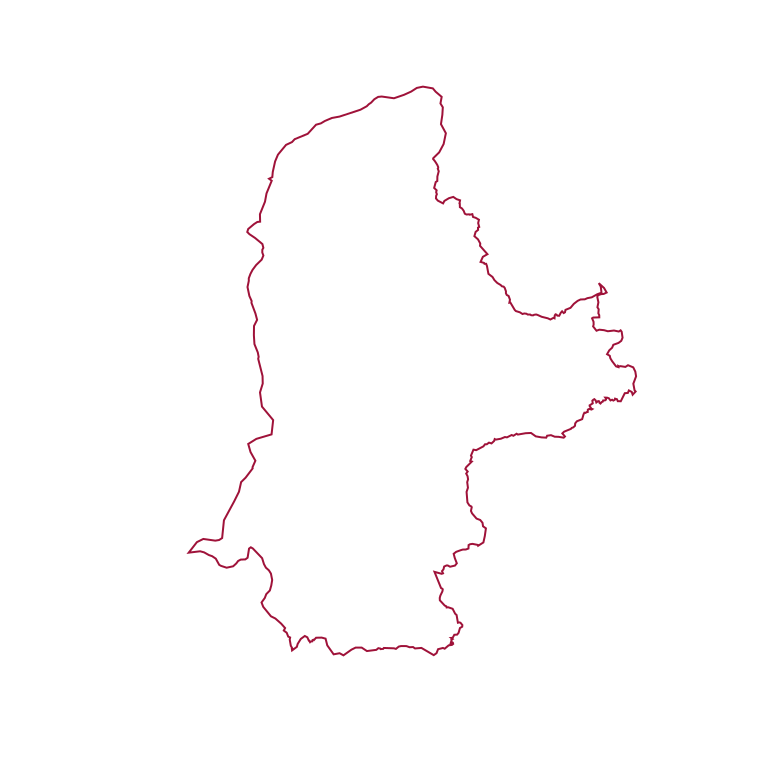 Myingyan, Mandalay, Myanmar (Albers equal-area conic projection), rotated 340°
{"feature_id": "60261553B69002423633875", "entity_name": "Myingyan", "entity_type": "district", "adm_level": 2, "iso_a3": "MMR", "parent_name": "Myanmar", "parent_adm1": "Mandalay", "projection": "albers", "projection_center": [95.599, 21.47], "detail": "fine", "context": "isolated", "style": "outline", "palette": "rose", "viewbox_px": 768, "rotation_deg": 340, "n_neighbors": 0, "source": "geoboundaries", "source_scale": "gbopen_adm2", "svg_char_len": 6166}
<svg xmlns="http://www.w3.org/2000/svg" viewBox="0 0 768 768"><g transform="rotate(340 384 384)"><path d="M142.8,475.7L154.0,478.3L157.4,480.7L161.0,484.9L163.6,487.0L166.2,490.6L167.3,497.6L168.7,499.2L173.3,502.8L179.9,503.7L183.8,502.1L186.4,500.4L189.3,500.0L193.7,501.4L196.4,500.6L200.9,492.5L203.0,491.9L204.5,493.7L209.9,506.0L209.6,512.2L210.2,516.2L212.1,519.7L212.9,523.5L211.9,529.9L209.2,534.7L206.1,539.0L201.5,541.2L198.8,544.3L194.2,547.4L194.3,552.1L198.3,563.6L201.7,567.2L205.4,574.0L207.6,579.5L205.5,581.4L207.5,584.5L207.6,588.6L209.1,590.1L208.0,591.9L206.9,598.1L207.4,601.0L206.9,601.1L206.5,602.9L212.2,601.2L214.0,598.7L218.6,595.1L223.4,593.7L225.3,595.8L225.6,599.4L225.9,599.5L226.2,601.3L227.0,600.9L228.6,601.3L229.3,600.2L230.5,600.2L230.7,600.6L233.4,599.2L238.7,601.0L242.0,603.3L241.3,610.2L244.2,620.8L250.2,621.8L253.1,625.1L262.6,622.5L267.1,622.0L272.9,624.1L276.6,629.1L285.9,631.2L288.3,630.3L290.0,631.3L290.2,632.0L292.7,632.6L293.6,632.0L303.0,635.8L304.6,637.0L308.1,635.8L310.5,636.1L315.5,638.0L318.0,640.1L321.3,641.1L322.7,643.1L328.9,644.8L338.0,655.8L341.3,654.9L344.1,651.7L349.1,652.2L350.5,653.5L355.4,651.7L358.6,652.4L360.1,651.9L360.2,650.8L358.0,650.4L359.2,648.8L359.6,648.8L359.9,647.2L361.2,647.1L360.3,645.6L361.7,646.0L364.3,643.7L367.0,644.5L369.0,643.3L371.9,639.3L374.5,638.8L375.2,637.3L374.2,634.5L373.3,633.8L371.8,633.6L373.2,625.9L372.3,624.2L371.6,618.7L368.0,615.8L366.4,615.4L366.5,614.2L365.3,613.0L362.5,606.4L363.2,604.1L364.6,602.1L367.9,598.9L368.9,597.3L368.9,596.5L367.8,595.2L367.2,577.8L373.3,582.1L374.7,582.1L374.5,579.7L376.5,578.5L378.1,576.1L380.7,575.9L381.8,576.3L383.6,578.3L388.6,578.9L391.1,577.4L391.0,571.7L391.4,567.4L394.4,566.4L399.2,566.4L401.3,566.5L404.3,567.5L407.1,567.5L408.4,564.3L410.1,564.0L412.5,564.5L417.1,567.3L417.1,568.2L423.2,566.9L426.7,561.4L430.4,554.5L428.4,551.6L429.1,548.1L427.9,544.7L424.9,542.1L422.5,535.7L422.3,533.0L424.3,529.8L424.2,529.0L422.7,527.3L421.9,523.8L424.7,513.6L427.4,510.2L428.6,504.7L430.4,502.3L431.0,499.2L430.6,496.3L432.7,494.9L431.4,491.6L432.9,490.2L440.0,486.9L438.7,485.8L441.5,482.7L441.2,481.1L445.6,476.3L448.0,477.7L456.1,476.6L458.3,475.2L460.0,475.8L462.6,475.0L464.7,476.6L468.0,475.2L469.2,473.6L470.1,474.5L475.1,475.4L479.5,475.2L481.3,476.2L486.5,475.6L487.9,476.9L491.6,476.1L492.5,477.3L500.3,478.7L505.4,480.3L508.7,485.1L513.7,488.0L518.1,489.9L519.6,488.4L523.4,489.2L526.5,492.0L529.7,493.2L534.5,495.9L536.1,495.2L534.7,491.4L536.9,490.4L544.3,490.1L545.3,489.5L547.0,489.5L549.2,488.6L550.2,486.4L552.5,485.0L558.2,484.8L561.1,480.8L562.5,479.5L563.5,480.1L564.8,479.7L565.8,480.0L566.8,477.8L568.2,477.6L570.3,479.0L571.2,478.8L569.7,477.4L570.2,476.8L569.7,475.4L569.9,474.4L573.5,473.6L574.1,470.9L575.6,470.3L576.5,470.2L577.3,471.9L577.2,474.0L579.4,473.3L580.2,473.8L580.1,475.5L580.7,476.4L582.5,475.4L583.5,475.4L584.3,474.4L586.0,475.0L587.3,474.6L587.6,473.5L587.3,472.5L588.9,473.1L590.4,474.3L591.2,476.9L593.0,476.8L593.8,478.0L595.4,477.8L596.1,476.8L597.7,478.0L597.8,480.1L600.6,481.2L607.1,475.0L610.1,475.8L611.9,473.8L614.1,476.2L614.0,479.1L617.9,477.1L617.3,475.6L618.4,469.0L623.5,463.0L624.4,458.3L623.9,453.6L619.7,449.8L616.7,450.5L612.3,448.1L611.2,448.0L610.3,447.1L610.0,448.3L608.1,446.8L606.2,440.7L605.5,437.3L605.8,434.7L603.8,432.3L607.2,429.4L610.8,427.9L612.9,425.6L618.4,425.6L621.7,424.6L624.0,422.1L625.2,416.2L624.7,414.5L622.6,415.0L618.4,412.4L612.4,411.0L609.2,408.7L604.9,406.6L601.9,406.6L600.2,401.4L601.3,399.9L602.2,397.2L602.0,393.4L603.3,393.1L609.1,395.0L609.8,392.9L609.6,390.9L611.3,387.2L610.8,384.9L613.4,380.6L614.2,375.1L615.4,373.8L618.7,373.8L621.2,374.5L624.5,374.2L623.6,369.0L620.3,362.7L621.0,366.6L619.6,372.6L615.0,372.6L608.9,373.6L604.5,372.9L601.7,373.1L597.6,371.8L594.4,372.1L589.8,373.6L585.3,376.2L579.9,376.4L578.6,378.5L577.1,378.8L576.2,376.6L574.5,377.5L572.0,379.8L570.3,379.1L569.8,377.8L569.0,377.2L567.9,378.0L566.7,380.6L565.9,379.8L562.4,380.3L560.4,378.3L555.2,374.8L551.9,371.6L550.7,370.7L548.7,370.3L547.6,370.5L545.8,369.7L545.1,368.7L542.8,367.9L541.9,366.7L539.9,365.7L538.1,365.6L536.2,363.1L532.9,360.6L532.2,359.2L530.6,350.7L529.6,350.5L531.2,347.9L531.2,343.9L529.8,342.3L529.6,340.4L530.3,338.6L530.3,334.9L529.7,333.4L528.2,332.5L527.5,330.9L525.0,327.8L523.3,324.2L522.6,320.6L519.8,316.2L521.1,308.4L521.1,306.0L519.5,305.4L519.4,304.4L516.5,302.3L520.4,298.3L525.6,297.4L521.5,287.0L522.5,284.9L521.8,280.2L519.5,276.0L522.1,272.4L525.1,271.4L525.8,269.2L527.2,269.0L527.5,265.0L529.4,262.1L527.0,259.2L524.8,257.5L525.1,254.6L522.4,254.2L522.1,253.7L519.4,252.9L518.2,251.6L518.1,248.4L517.3,245.7L515.8,243.8L516.9,240.4L516.7,240.1L518.3,237.4L515.4,235.1L513.1,231.9L508.6,231.6L503.4,232.6L501.3,234.5L497.3,230.1L496.3,227.4L497.3,225.1L498.6,223.7L498.6,221.6L499.7,220.0L498.2,216.9L501.7,211.9L503.5,211.5L505.1,207.3L508.2,202.8L508.2,200.0L508.7,199.7L509.1,198.8L509.0,196.3L508.1,192.2L507.1,189.3L507.6,188.6L515.1,185.2L522.1,178.9L527.9,169.5L526.4,159.3L530.9,151.0L533.9,144.1L533.0,139.7L536.4,133.9L532.5,127.0L531.0,122.9L522.3,117.9L516.1,117.0L509.5,118.5L501.7,119.1L491.1,118.9L480.2,113.1L476.7,112.2L472.3,113.1L468.1,115.2L465.4,115.9L462.8,117.1L455.7,118.2L433.7,117.5L426.0,116.2L418.5,116.6L413.8,117.5L408.8,117.1L397.9,122.8L383.8,123.4L380.3,125.2L373.7,125.8L362.8,132.2L357.8,137.6L352.0,146.7L349.8,151.4L346.2,151.8L348.0,154.6L338.8,164.7L334.5,172.0L325.5,182.0L323.1,189.1L320.4,188.4L316.5,189.3L309.4,191.9L307.5,194.4L308.8,197.2L312.8,202.7L317.6,210.9L317.2,214.8L315.6,216.2L314.6,218.8L314.6,222.0L311.6,225.3L304.5,228.5L299.5,231.8L296.2,234.8L293.1,238.4L292.2,240.9L288.9,246.2L287.6,255.2L288.0,260.8L287.2,262.4L287.3,273.8L286.7,280.3L281.7,285.0L278.4,293.7L275.9,302.2L276.2,311.2L275.5,315.6L274.4,317.3L272.6,335.0L270.2,342.1L264.6,349.5L261.6,363.5L267.5,380.0L261.1,392.9L245.3,391.9L235.9,393.9L235.3,402.3L236.9,412.1L232.0,417.2L231.7,418.4L221.9,424.7L216.2,427.3L210.9,435.6L203.0,443.1L187.0,457.3L179.2,473.4L175.7,474.2L171.9,473.5L161.2,467.8L154.1,468.6L142.8,475.7Z" fill="none" stroke="#9f1239" stroke-width="2"/></g></svg>